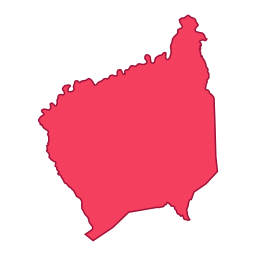 outline of San Francisco de Becerra, Olancho, Honduras
{"feature_id": "27666195B71120455883268", "entity_name": "San Francisco de Becerra", "entity_type": "district", "adm_level": 2, "iso_a3": "HND", "parent_name": "Honduras", "parent_adm1": "Olancho", "projection": "albers", "projection_center": [-86.058, 14.62], "detail": "fine", "context": "isolated", "style": "filled", "palette": "rose", "viewbox_px": 256, "rotation_deg": 0, "n_neighbors": 0, "source": "geoboundaries", "source_scale": "gbopen_adm2", "svg_char_len": 5609}
<svg xmlns="http://www.w3.org/2000/svg" viewBox="0 0 256 256"><path d="M189.8,219.7L189.0,218.5L187.6,215.6L187.4,214.7L187.2,212.5L186.5,209.2L187.1,208.5L188.0,206.0L188.2,205.2L188.5,202.9L189.4,200.1L190.2,199.6L191.3,199.5L194.0,192.0L205.7,184.0L217.4,171.5L215.8,156.6L214.8,119.8L214.0,98.1L213.3,96.6L212.0,95.1L211.2,94.3L209.8,93.3L209.4,92.6L208.9,91.2L208.5,90.5L208.0,90.2L206.1,89.7L205.7,89.4L205.4,88.8L205.4,88.4L205.8,86.7L205.9,85.1L207.1,82.0L207.0,80.3L207.1,79.9L207.4,79.4L208.6,78.3L208.9,77.8L208.8,73.7L208.7,73.2L208.1,72.7L207.7,71.8L207.6,71.4L208.0,70.0L208.0,69.5L207.1,67.9L206.1,66.5L205.8,64.3L204.8,61.7L204.6,60.9L203.9,60.0L203.6,59.3L203.0,58.6L202.4,57.9L202.3,57.4L202.2,56.2L201.0,56.3L201.1,55.0L200.6,54.5L200.5,54.1L200.7,52.5L199.9,51.4L200.2,50.5L199.5,49.2L200.4,49.0L200.6,48.9L200.5,48.0L200.0,47.4L200.1,47.1L200.4,47.0L200.5,46.7L200.2,45.8L200.4,45.7L201.1,45.7L201.3,45.4L201.1,45.0L201.2,44.5L201.1,43.8L200.7,43.1L199.5,41.8L199.5,41.5L199.6,41.2L200.2,40.8L201.3,40.2L203.1,39.8L203.5,39.8L203.9,40.2L204.4,40.5L205.3,40.5L206.1,40.1L206.7,39.4L206.8,38.9L206.0,38.6L205.4,38.0L205.1,37.4L204.7,36.1L204.2,34.9L203.4,34.0L202.5,33.2L201.0,32.8L198.1,32.3L196.1,31.6L195.5,31.1L195.1,30.1L195.3,28.9L195.9,27.8L198.0,25.5L198.1,25.2L198.0,24.6L196.2,22.1L195.5,19.7L195.0,19.1L193.8,18.3L190.9,17.3L190.2,16.8L189.4,16.0L188.6,15.5L188.0,15.4L187.4,15.6L184.4,17.8L183.3,18.1L182.1,18.1L181.4,18.3L180.5,18.8L179.4,19.8L179.5,20.7L180.0,22.4L182.2,26.1L182.3,26.5L182.1,27.3L181.9,27.8L181.4,28.2L178.3,29.4L177.7,30.5L177.8,32.4L177.4,33.4L176.6,34.4L173.9,37.0L172.6,39.0L172.0,42.3L171.2,44.1L170.6,46.4L170.6,47.4L171.1,50.5L170.9,54.0L169.9,57.2L169.0,58.5L168.3,59.3L167.8,59.6L167.2,59.5L166.5,59.2L166.0,58.6L165.8,57.9L165.6,56.6L165.9,54.6L165.9,53.4L165.8,52.9L165.5,52.7L165.1,52.5L164.7,52.6L163.7,52.9L163.3,53.1L162.7,53.9L162.2,54.6L161.9,54.9L161.2,55.1L159.0,55.5L158.3,56.1L157.1,56.7L156.4,57.3L155.7,58.0L155.3,58.5L154.6,61.5L154.3,62.3L153.5,63.1L153.1,63.1L152.5,63.1L151.9,62.9L151.4,62.5L150.8,61.7L150.5,59.8L150.3,57.7L150.1,56.9L149.9,56.4L149.0,55.6L148.0,55.0L147.3,54.8L146.6,54.8L145.8,55.2L145.1,56.3L144.8,58.2L145.1,58.9L146.5,60.5L146.9,61.2L146.9,61.7L146.8,62.3L146.5,63.0L146.1,63.4L144.6,64.3L143.9,64.4L142.1,64.4L139.7,63.9L138.1,64.0L137.1,65.1L136.5,65.6L135.8,66.0L135.0,66.2L134.3,66.2L132.4,65.7L131.6,65.8L131.0,66.0L130.4,66.4L129.1,68.7L128.3,69.6L127.9,69.8L126.1,69.9L125.5,70.2L125.1,70.6L124.8,71.1L124.7,71.6L124.9,74.0L124.8,74.4L123.9,74.4L122.7,73.6L122.2,72.6L121.5,70.7L121.0,70.0L120.0,69.7L118.8,69.9L118.2,70.1L117.9,70.4L117.3,71.7L117.2,72.7L117.4,74.3L117.1,75.2L116.7,75.8L116.1,76.0L115.2,76.0L112.6,75.2L111.3,75.3L110.5,75.6L109.8,76.0L108.8,78.1L108.3,78.6L108.0,78.7L105.9,78.6L103.9,78.9L103.3,79.4L102.1,80.7L99.9,81.6L99.3,82.0L98.2,82.5L96.2,84.8L95.6,85.2L95.0,85.1L94.4,84.7L93.9,84.0L93.8,83.5L93.0,82.5L92.9,82.0L92.5,81.4L91.8,80.7L91.2,79.9L89.5,78.7L88.8,78.7L87.9,79.0L86.2,80.1L85.4,80.5L83.0,80.8L81.3,81.3L80.9,81.6L80.4,82.4L80.0,82.6L79.5,82.6L79.0,82.3L78.5,81.5L77.6,81.0L76.7,80.8L75.8,80.9L75.2,81.2L74.9,81.6L74.4,83.9L73.5,86.5L73.5,87.3L74.1,89.0L74.1,89.5L73.7,90.1L73.2,90.6L72.4,91.3L71.8,91.5L70.0,91.8L68.9,91.7L68.3,91.5L67.9,90.9L67.9,89.8L68.1,88.9L69.0,87.4L70.2,86.2L70.3,85.7L70.1,85.4L69.2,85.1L67.9,85.1L66.4,85.3L64.8,85.8L64.4,86.1L62.9,87.7L62.6,88.8L62.6,89.4L62.8,90.0L64.0,91.5L64.3,92.2L64.4,93.2L64.3,94.1L63.8,94.6L63.2,94.9L60.9,94.5L60.0,94.6L59.1,95.0L58.4,95.7L58.1,96.3L57.9,98.4L57.0,100.4L57.2,102.5L57.2,103.1L56.5,105.1L56.1,105.8L55.9,106.0L55.6,106.0L54.9,105.8L53.0,103.8L52.3,103.3L51.9,103.1L51.1,103.3L50.4,103.6L50.2,104.1L50.7,107.5L50.6,108.3L50.1,109.0L49.3,109.9L48.9,110.0L48.2,109.9L44.2,109.1L43.2,109.3L42.0,110.0L41.6,110.6L41.7,111.3L42.0,111.8L42.6,112.5L43.8,113.4L44.0,114.0L43.9,114.6L43.7,114.9L41.7,116.0L40.6,116.9L38.9,119.3L38.6,120.0L38.8,120.9L39.3,121.9L40.1,122.7L40.4,124.7L42.1,124.8L42.5,126.4L43.1,127.0L44.1,128.3L44.9,128.7L45.7,129.4L46.8,130.0L47.3,130.5L47.8,130.7L48.3,131.5L48.4,132.1L48.1,133.2L48.1,133.8L47.7,134.0L47.6,134.4L48.6,136.3L48.8,138.4L48.8,140.7L48.5,142.0L47.8,143.4L48.3,144.5L47.7,145.3L47.0,145.5L46.8,145.9L47.1,147.2L47.0,148.0L47.4,149.5L47.2,150.0L46.7,150.3L46.7,150.9L47.2,151.6L49.1,153.6L49.3,154.3L49.3,155.6L49.1,157.1L49.3,157.6L50.1,158.2L51.3,159.8L52.7,160.5L53.7,161.3L55.3,162.0L55.6,162.4L55.9,163.4L55.3,165.0L55.2,166.3L55.5,166.5L56.6,167.0L56.8,167.5L56.8,168.7L56.9,169.6L59.2,172.2L59.3,172.6L59.2,172.7L57.9,173.2L57.8,173.5L58.0,174.1L58.6,174.7L60.2,175.0L60.6,175.3L61.8,177.8L63.2,179.8L63.8,181.3L64.6,182.7L65.1,183.2L66.0,183.5L66.9,184.1L69.2,186.9L69.9,187.3L70.7,187.6L71.0,187.8L72.2,189.5L73.4,190.4L74.1,191.2L74.8,192.9L75.9,194.7L76.3,196.1L79.8,198.3L80.5,199.0L81.3,200.3L81.7,201.4L81.9,202.5L81.8,206.6L82.1,208.9L83.3,210.9L84.8,214.0L88.0,217.6L88.3,218.3L89.4,222.5L91.4,225.2L91.6,225.6L92.4,226.4L92.8,227.3L92.4,228.9L92.5,229.4L85.3,234.3L93.1,240.6L112.6,227.6L128.7,212.2L156.6,207.4L157.7,207.4L159.0,207.5L160.8,207.0L162.9,206.8L163.6,206.3L165.1,204.7L166.3,204.3L166.9,202.9L167.2,202.5L168.7,203.2L169.7,204.2L170.3,204.5L170.6,204.9L170.7,205.5L171.1,205.9L171.6,206.1L173.3,206.2L174.3,206.8L174.5,207.2L174.7,208.9L175.9,209.9L176.3,210.3L176.9,212.6L177.6,213.7L178.3,214.2L179.1,214.4L179.6,214.6L180.8,216.2L181.2,216.1L182.3,215.4L182.6,215.4L183.2,216.6L183.7,218.5L184.3,219.2L185.0,219.5L186.6,219.6L187.7,220.2L188.5,220.1L189.8,219.7Z" fill="#f43f5e" stroke="#9f1239" stroke-width="1.5"/></svg>